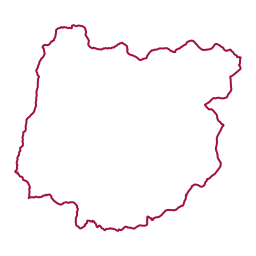 outline of Pallatanga, Chimborazo, Ecuador
{"feature_id": "8360857B6755122070607", "entity_name": "Pallatanga", "entity_type": "district", "adm_level": 2, "iso_a3": "ECU", "parent_name": "Ecuador", "parent_adm1": "Chimborazo", "projection": "albers", "projection_center": [-78.941, -2.017], "detail": "fine", "context": "isolated", "style": "outline", "palette": "rose", "viewbox_px": 256, "rotation_deg": 0, "n_neighbors": 0, "source": "geoboundaries", "source_scale": "gbopen_adm2", "svg_char_len": 5664}
<svg xmlns="http://www.w3.org/2000/svg" viewBox="0 0 256 256"><path d="M159.0,216.9L161.4,215.2L165.7,210.5L167.2,210.1L168.8,209.9L174.0,210.3L176.7,209.4L178.0,207.9L179.5,206.9L180.5,206.6L181.1,205.9L182.9,205.6L183.5,204.7L184.0,202.5L184.6,201.5L184.5,200.9L185.8,198.7L185.8,197.1L186.4,195.9L185.9,195.3L185.9,194.9L187.2,193.8L188.0,192.0L191.7,187.3L191.8,186.3L194.0,184.8L195.1,184.5L197.7,184.9L200.4,186.5L201.2,186.7L201.8,186.7L203.0,186.3L204.4,185.1L204.7,184.5L205.5,181.9L206.8,180.6L207.1,179.2L207.5,178.9L208.7,178.8L209.2,178.6L211.9,175.9L214.8,174.0L220.1,167.0L220.5,165.9L220.8,162.9L218.1,158.5L217.7,157.6L217.4,153.8L216.0,149.8L215.9,147.7L216.4,146.3L216.8,144.2L217.0,142.6L216.8,138.1L217.2,136.9L218.0,135.0L220.5,130.6L222.1,127.0L223.5,125.3L223.2,124.6L221.7,124.1L221.2,123.6L220.3,122.1L218.6,121.1L218.3,120.6L217.1,117.8L217.2,116.8L216.7,114.7L213.5,111.0L211.7,109.3L210.9,109.2L209.3,109.5L208.8,109.3L206.1,106.5L205.1,105.3L205.0,104.9L205.3,104.5L208.0,102.9L209.8,101.6L212.4,98.8L213.3,98.3L214.0,98.1L215.5,98.4L217.3,97.8L218.4,97.7L221.8,98.4L224.1,98.3L226.8,97.3L227.3,96.6L227.9,94.8L230.2,91.9L231.0,90.5L231.4,89.4L231.0,86.5L230.6,79.1L230.2,76.9L233.2,75.1L234.7,73.9L240.4,69.0L240.6,68.4L240.1,66.4L239.2,65.6L239.0,65.1L239.8,63.9L239.9,63.2L240.2,58.6L240.5,57.5L239.5,57.2L237.5,57.2L237.1,56.9L236.8,55.7L234.4,54.3L233.1,52.2L232.2,51.5L231.3,51.0L231.0,50.3L230.5,49.7L229.8,49.7L227.4,50.6L225.6,50.7L224.3,49.8L223.5,48.8L223.4,48.0L222.9,47.5L222.1,47.3L221.4,46.9L220.7,46.2L218.4,44.7L216.3,43.9L215.0,44.3L212.7,47.5L211.9,48.3L210.6,48.9L209.4,49.3L205.0,49.9L203.7,50.0L202.7,49.7L202.3,49.8L200.5,48.5L198.9,47.2L195.6,43.3L193.6,41.3L192.7,40.8L191.8,40.6L190.3,40.8L187.3,41.9L186.1,44.0L185.6,44.5L183.8,45.3L181.9,46.8L181.0,47.0L179.7,48.5L178.7,48.6L176.5,49.6L175.2,51.1L175.0,51.5L175.1,52.0L174.9,52.1L174.4,52.2L173.4,52.0L171.8,51.1L170.8,50.8L168.9,49.3L167.3,48.3L166.2,48.1L163.1,48.5L159.7,48.4L158.2,48.9L156.8,49.6L154.4,49.7L153.1,50.4L151.7,50.4L149.6,52.5L147.2,55.8L146.9,57.3L146.5,58.0L145.6,58.4L143.2,58.8L141.9,59.7L140.5,59.8L140.0,60.1L139.3,59.7L137.2,57.8L135.6,56.7L131.9,55.1L130.4,54.8L128.4,53.7L128.0,52.8L127.4,52.3L127.2,51.3L127.2,50.9L127.6,49.9L127.1,48.0L127.2,46.6L126.9,46.1L124.5,44.2L123.2,43.6L122.4,42.8L119.9,43.3L119.6,43.7L119.0,44.1L117.6,44.6L117.0,45.3L115.7,46.3L114.7,46.6L114.1,47.4L112.2,47.6L110.8,48.3L110.3,48.3L109.3,48.0L107.5,48.6L106.6,48.2L105.7,48.1L104.3,48.5L103.3,48.4L102.1,49.4L100.6,49.4L97.3,49.1L96.0,48.5L95.0,48.3L94.2,47.8L93.8,47.7L92.5,48.3L90.6,47.4L88.9,45.7L88.2,44.5L88.9,40.5L86.5,36.4L85.6,35.3L85.5,34.8L86.1,32.0L85.3,28.9L84.9,28.0L83.4,26.7L82.6,26.3L78.7,25.5L78.2,25.5L76.9,26.2L75.5,26.0L73.8,25.2L73.3,25.2L72.0,25.8L71.9,27.9L71.4,28.2L69.4,27.8L68.0,28.1L66.7,27.5L65.3,27.4L63.9,27.1L62.7,27.8L61.4,27.1L60.9,27.2L59.7,28.1L58.3,28.3L57.4,28.8L56.0,30.2L56.1,32.1L55.2,37.3L54.3,38.4L54.1,39.9L53.9,40.3L52.8,40.7L52.4,41.3L51.4,41.5L51.1,41.7L50.0,43.6L48.8,44.7L47.4,45.1L46.0,45.2L44.7,44.9L43.4,45.5L42.7,46.8L42.6,47.5L42.8,47.8L43.5,48.1L43.8,48.8L44.1,51.1L44.6,53.5L44.5,54.5L43.7,55.7L43.4,56.7L41.0,59.1L40.5,60.5L39.7,61.3L39.4,61.8L39.3,63.5L38.2,65.6L37.9,67.2L37.1,69.0L36.2,70.3L36.5,71.7L37.4,73.4L37.5,74.9L38.6,76.0L39.0,76.7L38.1,78.8L37.7,84.2L37.9,86.7L37.1,89.0L36.4,92.2L36.7,95.5L36.2,98.3L36.3,100.5L36.0,101.0L35.7,102.6L36.1,105.7L35.1,108.0L34.1,111.6L32.6,113.6L30.9,114.9L29.9,116.5L27.6,118.2L26.3,120.2L26.6,122.0L26.2,123.4L26.2,124.3L25.6,126.0L25.7,127.5L25.8,127.8L25.9,129.0L25.2,131.2L23.4,132.1L23.3,132.4L23.3,134.7L22.5,137.4L22.9,139.7L22.4,141.5L22.9,142.8L22.9,145.5L21.5,146.9L20.2,147.7L20.3,150.9L19.2,152.1L19.0,155.2L18.1,156.0L17.4,157.8L17.3,158.5L17.7,159.5L16.8,161.8L16.7,162.9L16.9,164.2L17.4,164.9L17.3,165.4L16.9,165.9L17.1,168.9L16.5,170.1L15.4,171.0L15.4,172.1L15.9,172.4L17.6,172.5L17.6,173.7L18.6,174.2L19.8,176.3L22.2,177.0L22.7,177.7L23.0,179.7L27.1,181.5L28.8,184.3L29.9,187.3L29.9,188.0L29.2,188.8L29.4,190.8L29.6,191.7L29.2,194.4L29.3,196.0L29.2,197.0L28.7,197.8L28.8,198.0L30.4,197.1L31.5,197.3L32.5,197.2L34.2,197.5L35.2,196.8L35.8,196.7L36.6,196.8L38.4,197.4L39.5,197.1L40.7,197.1L42.1,196.6L42.7,195.9L43.1,195.7L44.9,195.5L45.9,194.8L46.7,195.2L48.0,194.7L49.4,194.5L50.0,194.7L50.9,195.7L51.4,196.7L51.4,197.7L54.0,200.8L57.2,203.2L59.7,204.3L60.6,204.6L62.3,204.2L63.7,202.8L65.3,202.3L66.6,202.3L68.5,202.9L69.4,202.5L70.3,202.3L72.1,202.2L73.5,202.4L74.6,203.0L76.3,205.0L77.2,206.4L77.0,207.6L77.9,208.9L77.4,211.3L76.8,211.8L77.1,213.9L77.0,215.6L75.9,217.7L75.8,222.5L76.0,224.4L76.7,225.8L78.8,227.0L79.5,228.0L80.2,228.4L80.7,228.4L81.4,228.2L85.0,225.8L85.2,225.4L84.9,224.9L85.0,224.4L86.8,223.2L87.1,221.3L87.3,220.8L87.6,220.6L89.6,220.8L90.5,221.5L91.5,221.2L92.4,221.8L92.7,221.6L92.7,220.9L92.9,220.8L93.9,221.4L94.4,221.9L94.6,222.8L95.6,223.5L96.7,226.5L97.3,227.1L97.7,227.1L99.0,225.7L99.8,225.7L101.0,226.9L101.7,228.2L103.0,228.7L104.6,230.1L104.9,230.2L106.0,229.2L106.5,228.9L108.9,228.8L110.3,228.2L111.5,228.8L112.7,228.7L113.6,229.1L115.0,229.3L117.2,230.7L117.9,230.8L118.1,230.8L118.6,229.8L119.0,229.4L119.5,229.5L120.2,230.0L121.0,230.2L121.6,230.0L124.7,227.1L125.5,226.7L126.6,226.8L128.1,227.7L129.8,227.6L133.8,228.6L134.4,228.6L136.8,226.8L139.4,225.4L140.7,225.4L143.9,225.8L144.9,225.7L146.0,225.4L146.8,224.8L147.1,224.3L147.2,223.6L147.2,221.7L146.9,220.9L147.4,219.5L147.2,217.5L147.6,216.6L148.9,217.0L150.2,218.1L151.4,218.4L151.4,219.4L151.9,219.9L152.2,220.0L153.2,219.6L153.5,218.5L154.0,218.1L155.5,217.5L159.0,216.9Z" fill="none" stroke="#9f1239" stroke-width="2"/></svg>